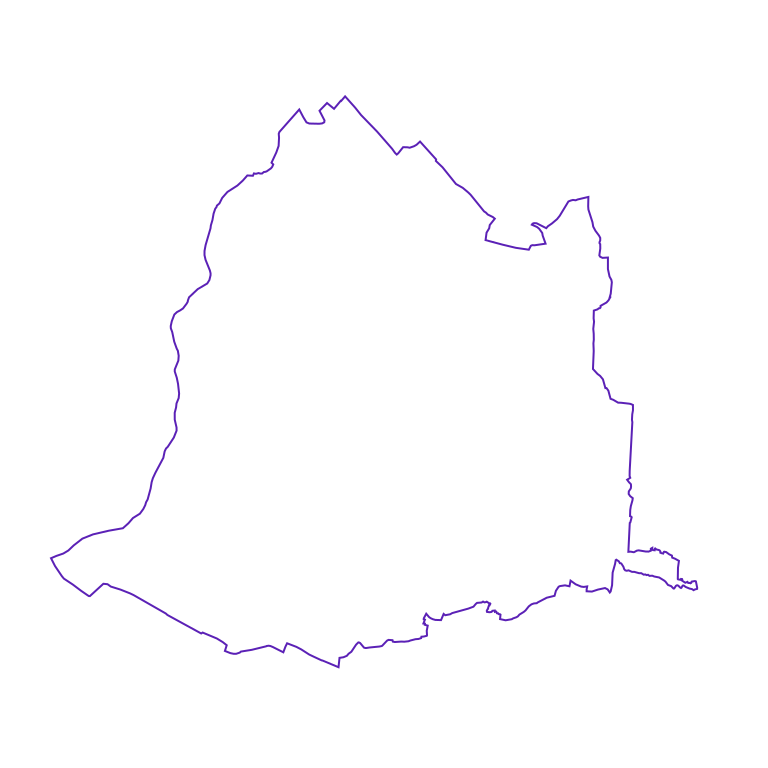 outline of Leordeni, Arges, Romania, rotated 93°
{"feature_id": "2599482B56240389829929", "entity_name": "Leordeni", "entity_type": "district", "adm_level": 2, "iso_a3": "ROU", "parent_name": "Romania", "parent_adm1": "Arges", "projection": "equal_earth", "projection_center": [25.165, 44.787], "detail": "fine", "context": "isolated", "style": "outline", "palette": "violet", "viewbox_px": 768, "rotation_deg": 93, "n_neighbors": 0, "source": "geoboundaries", "source_scale": "gbopen_adm2", "svg_char_len": 6109}
<svg xmlns="http://www.w3.org/2000/svg" viewBox="0 0 768 768"><g transform="rotate(93 384 384)"><path d="M541.7,637.2L544.9,651.1L549.4,666.7L554.2,677.1L561.4,685.4L566.8,690.5L570.1,695.4L572.8,702.1L575.4,707.4L583.0,703.0L592.8,695.6L595.1,693.5L600.6,684.2L606.4,675.6L610.7,668.6L611.2,667.7L611.2,666.6L598.2,653.8L598.4,649.6L600.6,646.2L603.1,636.4L606.4,626.6L607.9,623.0L624.6,589.9L626.0,588.2L642.7,553.5L641.7,552.1L646.9,537.6L650.2,531.5L653.1,527.4L658.9,528.9L660.8,523.3L661.3,520.0L661.2,517.6L659.8,514.0L658.7,512.9L656.4,502.2L652.1,487.9L651.8,487.5L651.4,485.5L651.6,483.7L652.5,481.2L657.2,470.5L651.5,468.7L648.0,467.2L651.1,457.7L653.4,452.7L658.1,444.5L660.2,439.4L663.3,431.7L663.3,431.1L669.2,414.6L659.8,414.1L659.0,410.2L657.4,406.9L655.2,405.2L653.1,402.6L645.7,398.2L643.4,396.1L643.5,395.1L644.0,394.2L648.3,390.2L648.6,388.9L648.6,388.0L647.9,384.7L646.4,374.8L645.8,372.6L645.5,372.1L640.1,367.5L639.3,366.1L639.4,362.1L640.8,361.7L641.1,359.7L640.3,353.2L640.3,350.3L639.6,346.0L638.8,344.3L637.2,339.2L636.8,336.2L635.8,333.6L634.4,333.4L634.1,331.0L633.2,328.1L632.6,327.9L628.2,328.4L623.0,327.7L622.3,330.7L621.2,330.6L621.1,332.1L617.2,330.8L616.9,332.0L615.9,332.0L611.2,329.8L614.4,326.8L615.4,325.2L616.3,323.0L616.9,320.4L616.8,314.7L610.5,312.4L611.7,310.8L610.5,305.9L609.2,303.9L603.9,288.1L601.7,283.0L598.8,280.8L597.7,279.6L597.1,275.1L596.1,273.7L596.8,272.3L596.5,270.9L596.0,270.0L597.4,267.7L597.5,266.6L597.9,266.3L599.6,267.1L599.5,267.6L602.1,268.3L603.0,268.3L603.6,268.9L605.2,269.5L606.2,269.2L606.4,266.7L606.1,265.0L605.4,264.1L604.8,263.9L604.4,261.5L605.7,261.3L605.3,260.2L605.5,259.9L607.0,259.3L607.2,258.6L607.0,258.1L607.8,257.4L607.8,256.3L608.2,255.6L612.7,255.8L613.6,250.2L612.2,244.1L611.3,242.8L610.0,239.6L609.1,238.2L607.2,236.7L604.3,232.5L602.7,230.8L598.5,227.8L596.3,225.2L595.3,222.8L594.9,220.0L594.1,219.1L588.9,210.3L586.6,202.6L581.5,201.5L577.3,199.0L576.6,197.7L575.6,192.7L576.3,188.2L570.6,187.4L574.0,182.1L576.0,176.5L576.2,173.9L575.5,170.5L578.5,170.9L580.4,170.8L580.4,165.5L578.1,159.6L576.2,152.6L577.4,149.9L580.4,147.6L579.3,146.8L573.0,145.7L560.4,145.8L551.4,143.8L547.8,143.4L547.3,142.8L548.8,140.2L550.6,139.1L550.6,138.1L551.0,137.5L553.9,135.4L556.4,134.4L557.5,133.3L557.8,131.8L557.3,130.0L558.6,126.6L558.5,124.2L559.6,119.3L559.5,117.1L560.8,114.7L560.5,113.1L561.1,111.8L560.7,110.3L561.7,108.9L561.4,106.0L562.1,104.1L562.8,99.1L565.6,94.0L566.6,92.6L569.8,89.9L570.8,86.7L573.1,84.2L573.0,83.5L570.3,81.9L569.8,81.2L569.7,80.2L570.2,79.3L571.6,77.8L572.2,76.7L571.9,76.3L569.9,75.3L569.5,74.8L569.6,74.1L570.9,72.1L572.3,68.2L572.7,65.7L573.7,64.0L573.0,63.0L572.2,60.6L571.0,60.6L564.8,62.2L564.5,63.2L565.2,66.3L566.5,66.8L566.9,67.4L566.5,67.8L566.8,68.7L566.7,69.9L565.7,70.6L566.7,72.7L564.6,76.3L563.7,75.9L563.2,76.1L563.1,77.2L564.0,77.7L563.7,80.1L563.4,80.4L552.0,80.8L545.2,80.2L543.2,84.3L542.3,87.1L540.3,87.5L539.2,90.2L537.1,93.4L536.8,95.4L537.1,95.8L538.7,96.3L538.4,98.1L538.0,99.2L536.9,99.2L535.9,99.9L535.4,100.8L535.0,103.2L534.0,104.6L534.3,104.9L535.9,105.0L535.8,106.7L535.5,107.4L533.6,107.5L534.5,108.9L536.5,108.8L537.5,111.0L537.6,113.8L536.8,121.0L537.2,122.8L538.8,125.4L538.9,126.0L538.5,128.9L538.8,131.2L509.9,131.3L509.4,130.8L504.2,129.7L503.6,130.0L503.1,131.4L496.9,131.5L493.0,131.1L487.2,129.8L485.0,129.6L483.1,132.3L481.0,133.9L478.4,133.9L475.4,132.1L473.7,131.9L471.6,132.1L470.9,132.4L469.4,134.1L466.9,136.2L464.8,133.2L463.1,133.9L458.1,134.1L409.1,134.0L406.8,134.5L401.3,134.5L397.2,134.0L391.9,134.3L391.0,136.7L390.8,138.4L390.3,146.6L390.4,149.2L387.8,154.2L386.9,157.0L378.9,159.6L376.4,161.6L376.5,162.7L367.9,165.6L364.6,168.6L362.8,171.3L358.1,176.1L340.1,176.3L332.4,177.0L328.9,176.8L322.9,177.2L318.0,177.9L310.8,177.5L307.5,178.1L299.7,178.3L298.3,174.7L297.2,173.5L297.0,172.4L296.3,171.8L294.6,171.8L291.0,166.1L288.7,164.2L285.9,162.8L285.9,163.2L281.9,162.3L270.5,161.8L268.1,162.4L264.9,164.4L257.5,166.4L246.0,167.0L246.6,172.4L245.6,174.8L244.3,175.7L237.4,175.1L233.0,175.4L232.2,176.1L231.1,176.2L229.4,175.6L226.8,175.7L224.6,177.0L219.9,180.9L215.9,183.3L211.5,184.3L199.1,189.0L195.9,189.4L186.5,189.7L189.6,200.3L190.5,202.2L190.3,204.9L191.0,207.1L192.1,209.4L206.8,217.3L210.3,219.8L214.9,224.7L217.9,228.6L219.9,230.1L215.5,240.0L215.5,242.6L216.1,244.0L217.2,244.7L219.2,239.4L220.8,237.2L224.9,233.9L227.5,233.3L235.4,230.0L237.6,241.0L237.6,243.2L238.3,244.6L242.3,246.4L241.1,259.5L238.7,272.6L235.0,290.1L227.5,289.5L223.0,287.1L219.7,286.7L213.1,282.0L211.6,284.0L209.3,289.3L207.5,291.2L206.4,293.1L190.5,307.4L188.4,309.8L184.0,315.6L180.5,322.6L164.5,336.9L158.5,343.9L157.0,343.7L140.0,360.7L143.4,364.0L145.0,366.5L146.7,370.7L146.4,372.9L146.5,377.3L152.9,381.9L154.2,383.3L152.6,385.1L148.7,388.2L132.3,404.1L116.6,421.0L109.6,427.2L98.8,437.9L103.6,441.6L103.4,442.0L111.8,448.3L106.4,455.6L114.5,462.7L123.9,457.2L125.8,457.4L127.0,459.4L127.5,462.3L127.8,472.2L126.8,475.1L121.7,478.6L114.3,483.0L137.7,501.6L139.6,502.2L143.6,501.7L151.8,501.7L158.5,503.7L168.9,507.9L170.5,506.1L173.0,507.0L174.6,508.2L177.8,512.3L178.3,513.5L178.6,515.1L180.2,516.8L180.3,518.8L179.9,520.2L180.8,522.9L180.5,524.9L182.9,525.8L182.9,531.4L188.2,535.6L193.5,540.8L200.4,550.4L206.6,555.3L212.3,557.8L214.6,560.2L216.0,560.5L217.8,561.7L222.8,563.1L229.3,563.9L234.7,565.2L237.6,565.4L254.5,569.4L260.5,570.2L264.7,570.0L269.3,568.7L279.8,563.8L282.5,563.0L284.5,562.9L289.3,563.8L292.9,565.8L299.0,575.0L307.6,583.2L310.8,584.2L312.1,584.3L314.1,585.3L319.1,588.7L321.2,591.5L323.0,594.5L325.6,597.0L332.4,599.2L337.3,600.0L339.5,599.8L343.2,598.2L352.7,595.7L359.6,592.8L361.6,591.6L366.6,590.5L371.4,590.6L380.4,593.7L382.5,593.6L388.5,591.3L394.6,589.7L404.3,588.1L408.8,588.3L414.3,590.2L418.2,590.4L423.7,591.5L430.6,591.1L438.3,588.9L441.4,588.7L448.5,591.1L458.1,596.7L459.8,598.3L462.7,599.5L469.3,600.5L484.5,607.6L490.2,609.9L494.2,610.9L500.6,611.6L511.7,614.0L514.5,615.4L517.5,616.1L521.4,617.8L526.3,621.0L531.0,627.7L536.3,631.8L541.7,637.2Z" fill="none" stroke="#5b21b6" stroke-width="2"/></g></svg>